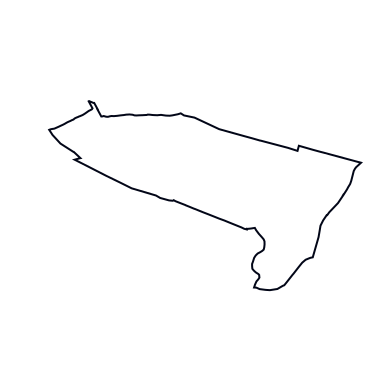 Pāvilosta, Pavilostas, Latvia, rotated 16°
{"feature_id": "27541924B98324195645894", "entity_name": "Pāvilosta", "entity_type": "district", "adm_level": 2, "iso_a3": "LVA", "parent_name": "Latvia", "parent_adm1": "Pavilostas", "projection": "natural_earth1", "projection_center": [21.193, 56.882], "detail": "fine", "context": "isolated", "style": "outline", "palette": "ink", "viewbox_px": 384, "rotation_deg": 16, "n_neighbors": 0, "source": "geoboundaries", "source_scale": "gbopen_adm2", "svg_char_len": 2733}
<svg xmlns="http://www.w3.org/2000/svg" viewBox="0 0 384 384"><g transform="rotate(16 192 192)"><path d="M159.9,119.6L159.5,119.5L157.1,121.1L151.9,123.8L149.6,124.8L146.0,125.7L144.0,126.0L141.0,126.4L137.4,127.8L133.2,128.8L130.2,129.3L128.1,129.8L127.3,130.4L123.3,131.8L120.5,132.7L117.3,133.8L115.5,134.2L113.7,134.1L110.5,134.7L107.4,135.8L105.3,136.8L102.3,138.0L99.1,139.4L96.0,140.6L93.8,141.1L92.3,141.8L90.5,142.9L88.7,143.3L86.2,143.3L84.9,144.1L84.0,144.4L78.3,138.6L78.5,138.5L73.5,133.4L73.2,133.6L68.0,133.0L67.7,133.3L73.3,139.0L73.0,140.0L72.7,140.4L71.7,141.3L71.0,142.0L70.5,142.4L70.0,143.0L69.3,143.9L68.4,145.0L67.6,146.0L66.8,146.9L65.7,148.1L65.3,148.4L64.8,148.9L64.2,149.3L63.4,150.0L62.5,150.6L62.0,151.1L61.5,151.5L60.8,152.0L59.6,153.0L58.9,153.7L58.4,154.5L58.1,155.0L57.2,155.7L56.7,156.1L56.3,156.4L55.8,157.0L54.8,157.8L53.7,158.7L52.6,159.7L50.7,161.7L49.2,163.1L47.9,164.2L47.2,164.8L46.1,165.8L44.3,167.3L43.1,168.3L42.4,168.9L41.5,169.4L40.7,169.7L40.0,170.1L39.3,170.4L38.7,170.8L38.1,171.2L37.6,171.6L40.5,174.1L42.2,175.6L45.0,177.3L52.2,181.7L53.2,182.0L67.2,186.2L67.4,186.1L75.4,190.2L75.0,190.4L70.3,193.3L86.9,196.5L105.2,200.1L120.6,202.8L133.0,205.1L158.3,205.3L161.9,206.2L163.0,206.5L172.3,206.4L176.0,205.7L176.7,204.9L176.9,205.0L177.8,205.2L178.7,205.4L183.9,205.9L189.4,206.4L189.5,206.5L193.5,206.9L198.7,207.5L199.3,207.5L207.9,208.4L214.5,209.0L219.6,209.5L225.5,210.1L231.3,210.5L232.0,210.6L239.4,211.4L247.1,212.2L249.2,212.4L252.5,213.0L253.3,212.9L255.1,212.9L255.0,212.2L255.7,212.1L258.4,211.0L260.0,210.3L260.5,210.0L261.0,209.8L261.7,209.5L262.3,209.2L264.1,211.0L267.8,213.8L271.8,216.3L274.0,217.8L275.3,219.5L276.2,222.4L276.7,225.2L276.8,227.6L275.8,229.2L274.2,231.0L272.1,233.0L270.7,235.5L269.9,238.2L269.8,242.1L269.6,244.6L270.0,246.0L270.4,247.2L271.2,249.2L273.1,250.5L275.5,251.7L278.5,252.6L279.4,253.2L280.4,255.7L279.8,257.7L278.6,260.2L278.1,263.7L278.0,266.7L280.2,266.2L283.8,266.7L289.7,265.8L293.9,264.9L300.8,261.7L305.2,257.1L306.4,256.2L308.0,252.4L311.6,243.6L312.0,242.8L315.3,234.6L317.4,229.6L319.9,225.8L322.8,223.5L324.0,222.6L326.1,221.5L326.1,220.9L326.1,208.5L326.1,208.0L326.1,206.9L326.1,202.6L326.1,201.0L326.1,200.8L326.1,200.5L325.4,194.1L324.8,189.0L324.9,188.4L325.9,183.1L327.9,177.0L328.3,177.0L328.6,176.3L329.5,173.7L335.4,162.4L338.3,153.4L338.1,153.4L338.2,153.0L338.3,152.7L338.5,152.8L340.3,146.7L340.8,144.3L341.5,141.8L341.8,140.7L342.0,137.4L341.7,127.2L342.3,124.5L343.0,122.8L346.4,117.3L307.4,117.9L304.3,118.0L296.6,118.1L282.0,118.1L282.1,123.4L272.2,123.1L243.8,123.7L243.3,123.8L234.7,123.8L226.7,123.9L200.8,124.1L173.9,119.8L163.2,120.6L159.9,119.6Z" fill="none" stroke="#020617" stroke-width="2"/></g></svg>